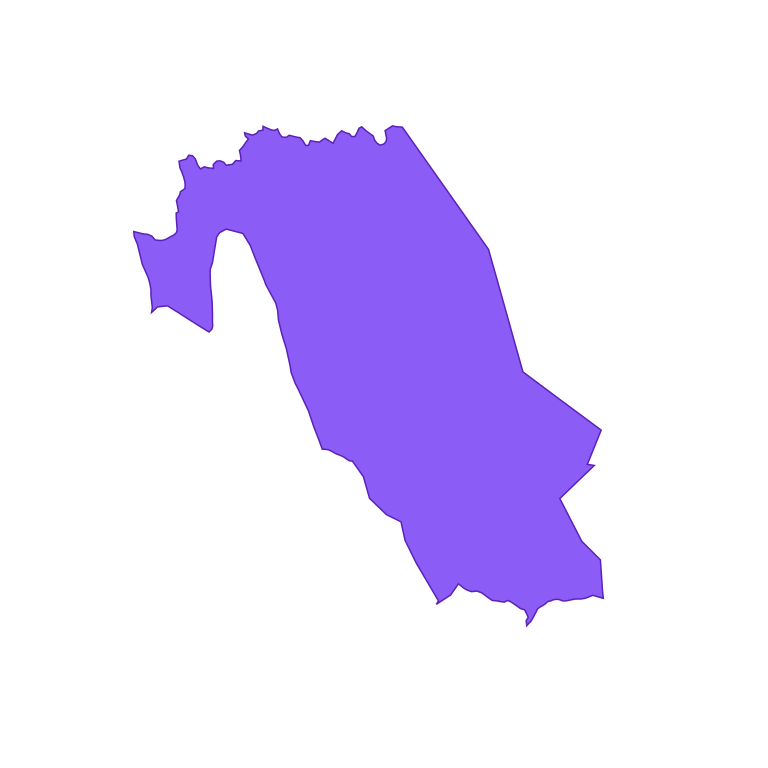 Lagoa do Barro do Piauí, Piauí, Brazil (Equal Earth projection), rotated 149°
{"feature_id": "56859067B46561625908849", "entity_name": "Lagoa do Barro do Piauí", "entity_type": "district", "adm_level": 2, "iso_a3": "BRA", "parent_name": "Brazil", "parent_adm1": "Piauí", "projection": "equal_earth", "projection_center": [-41.549, -8.553], "detail": "fine", "context": "isolated", "style": "filled", "palette": "violet", "viewbox_px": 768, "rotation_deg": 149, "n_neighbors": 0, "source": "geoboundaries", "source_scale": "gbopen_adm2", "svg_char_len": 2830}
<svg xmlns="http://www.w3.org/2000/svg" viewBox="0 0 768 768"><g transform="rotate(149 384 384)"><path d="M245.7,205.9L251.1,210.4L241.5,217.6L221.6,232.6L240.9,279.3L258.7,322.8L233.9,413.1L229.4,429.8L225.1,445.5L236.0,594.7L241.4,598.6L243.8,600.9L252.6,600.6L255.2,593.2L257.3,590.8L260.5,589.8L264.4,590.8L266.1,594.3L266.4,598.2L265.5,602.1L268.8,609.8L270.7,616.0L273.8,616.1L276.9,613.8L281.3,611.1L284.3,612.8L284.9,616.5L287.2,618.7L289.9,622.9L295.3,621.8L303.7,616.6L307.9,625.0L311.3,625.0L314.9,624.6L319.0,628.0L321.8,630.5L325.8,627.5L328.3,628.8L328.2,633.8L329.0,638.2L333.4,642.2L337.1,646.0L340.6,645.7L344.3,648.3L344.6,652.5L343.9,657.5L347.1,657.7L349.6,659.7L353.0,664.3L355.0,667.2L357.0,664.0L361.3,665.5L364.2,664.4L368.5,665.0L371.3,668.0L374.1,671.1L375.2,668.0L374.1,663.8L377.0,662.7L381.0,660.9L383.8,659.7L387.6,658.7L389.1,654.2L391.6,648.8L396.0,651.9L400.8,650.4L406.6,652.8L407.2,656.6L409.4,659.6L412.5,661.2L417.3,660.1L419.1,656.6L423.1,659.6L426.2,662.7L430.6,662.9L431.0,667.5L429.8,674.2L430.6,678.3L433.6,680.7L437.4,678.6L442.4,679.9L445.0,680.5L447.6,674.4L448.0,670.5L449.0,665.2L450.4,660.3L451.7,657.4L454.0,654.0L459.4,653.7L461.5,651.5L463.8,650.2L467.4,648.2L471.4,637.4L474.1,637.6L476.9,632.6L482.0,622.5L484.2,620.6L487.0,620.0L497.1,620.4L500.8,621.6L503.3,623.3L505.9,625.3L506.9,630.5L509.6,634.1L513.3,636.9L520.0,643.6L522.2,638.9L523.4,630.8L529.6,610.8L531.3,596.8L532.8,591.3L535.1,585.0L538.2,579.9L543.2,568.9L546.4,565.0L538.5,566.7L535.1,565.2L529.2,562.4L527.3,558.4L523.9,551.9L518.5,540.9L512.5,528.9L507.2,518.7L503.4,519.6L501.1,521.7L499.0,525.7L495.2,531.9L491.0,539.4L488.3,544.3L485.0,551.4L482.4,557.0L478.2,564.6L476.3,568.0L473.7,572.0L468.5,576.4L451.7,596.2L446.9,598.4L439.4,598.0L427.4,585.7L427.3,571.4L429.5,558.8L433.3,534.1L434.1,530.6L435.1,509.1L437.2,502.0L441.6,493.0L446.0,479.0L449.4,465.0L453.4,453.0L455.3,447.5L457.7,441.5L459.8,430.1L460.2,423.5L461.4,411.6L462.6,399.8L466.1,384.1L468.9,368.1L470.5,359.8L468.2,358.5L465.2,355.9L463.1,352.6L461.1,349.0L458.8,346.1L456.3,342.6L454.9,339.3L453.2,336.0L450.8,334.1L449.4,315.1L455.3,293.4L449.2,270.8L440.4,257.1L446.5,239.1L448.6,213.7L449.0,170.1L452.6,168.2L435.6,168.8L423.1,174.4L420.5,167.3L418.7,164.3L415.9,160.9L411.1,158.7L408.0,155.0L406.7,152.1L404.1,145.7L402.7,142.7L399.1,140.1L396.0,137.3L393.2,135.1L389.4,134.7L387.3,131.6L385.3,127.3L382.6,121.1L379.8,118.0L380.0,114.3L380.5,109.8L384.1,107.8L386.1,103.3L383.2,104.2L380.3,104.9L376.8,106.8L371.0,110.3L368.3,112.1L364.6,112.5L361.7,112.3L358.7,112.5L356.1,113.2L353.1,112.3L350.0,111.8L346.9,110.6L344.5,108.6L342.4,105.9L339.1,104.1L331.0,101.3L325.8,98.2L321.6,96.6L313.8,95.3L306.4,87.3L303.4,93.8L289.1,121.8L295.5,147.3L292.3,195.3L245.7,205.9Z" fill="#8b5cf6" stroke="#5b21b6" stroke-width="1.5"/></g></svg>